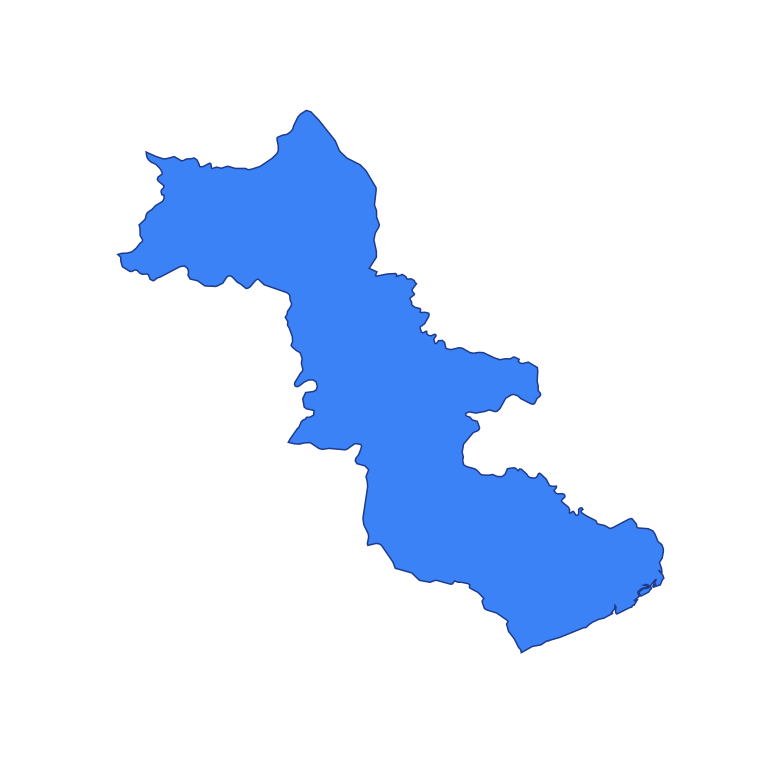 the border of Pernambuco, rotated 51°
{"feature_id": "BRA-1313", "entity_name": "Pernambuco", "entity_type": "State", "adm_level": 1, "iso_a3": "BRA", "parent_name": "Brazil", "parent_adm1": "", "projection": "natural_earth1", "projection_center": [-37.928, -8.379], "detail": "fine", "context": "isolated", "style": "filled", "palette": "blue", "viewbox_px": 768, "rotation_deg": 51, "n_neighbors": 0, "source": "natural_earth", "source_scale": "10m", "svg_char_len": 6128}
<svg xmlns="http://www.w3.org/2000/svg" viewBox="0 0 768 768"><g transform="rotate(51 384 384)"><path d="M705.1,286.4L701.5,287.9L707.9,287.6L711.0,288.7L711.4,291.0L714.0,295.7L711.4,302.5L710.7,302.4L710.5,298.2L709.9,301.4L707.1,295.1L706.9,297.4L708.4,303.1L708.0,305.3L706.8,305.1L705.7,305.7L704.4,306.8L703.7,308.7L706.7,306.4L707.9,306.8L705.2,312.0L705.1,317.0L705.9,318.2L709.6,319.1L709.8,326.3L711.2,323.1L713.3,328.8L712.5,330.3L713.3,331.9L712.3,334.2L709.3,347.8L708.0,348.0L706.3,347.1L703.1,343.9L701.4,343.8L703.7,345.9L704.8,350.7L705.6,351.9L706.3,350.2L704.3,360.7L702.2,364.8L700.4,371.5L700.0,376.0L700.4,380.3L699.0,382.3L691.5,407.0L687.2,417.1L687.2,418.2L686.1,419.3L685.5,426.2L681.3,433.9L679.2,446.4L676.6,445.0L673.6,445.2L663.8,443.1L654.7,442.9L647.7,439.9L646.7,437.1L645.1,437.0L632.8,440.6L624.0,446.5L621.6,447.2L615.1,444.8L614.2,444.0L613.6,441.4L605.4,442.0L596.5,445.7L595.3,445.3L594.1,443.7L592.2,444.2L586.7,448.7L584.6,451.3L581.5,453.0L582.4,456.7L581.4,458.3L569.8,466.6L568.9,467.6L567.0,473.1L558.9,480.0L548.3,481.3L534.3,491.2L528.0,489.1L507.8,487.5L505.4,488.2L502.9,490.5L499.3,498.1L497.7,497.5L493.3,492.3L490.7,490.6L480.5,488.2L474.9,484.7L453.7,461.5L449.3,458.4L444.7,456.3L441.0,449.9L435.6,450.3L428.8,455.2L425.7,454.7L424.1,452.8L423.0,448.2L419.9,442.8L418.0,440.4L417.0,440.1L415.8,440.5L412.0,444.1L411.4,453.9L410.7,455.6L399.4,467.3L395.9,473.1L393.2,475.1L383.6,478.1L382.5,479.0L379.6,483.1L377.4,487.7L373.8,491.5L369.1,495.1L367.7,491.7L364.2,479.6L364.0,477.1L361.2,471.9L361.1,469.3L361.9,467.0L361.1,465.3L363.3,462.2L363.8,458.1L360.5,455.1L354.4,459.9L351.6,460.5L344.4,456.5L341.3,450.3L345.3,443.8L346.0,440.6L344.0,437.4L339.7,435.4L336.1,436.6L333.5,440.0L332.3,444.7L332.2,450.3L331.6,453.1L329.9,454.3L328.0,453.8L326.8,452.6L323.0,441.8L322.7,439.5L321.8,438.0L315.8,435.1L312.6,431.5L306.8,429.5L302.7,431.1L297.9,432.0L295.5,431.9L293.6,428.4L289.4,425.4L281.0,422.5L277.6,422.0L274.9,419.4L270.0,418.8L268.9,415.5L266.9,413.4L264.9,407.1L263.3,405.2L259.5,404.0L255.8,401.5L253.8,401.5L251.7,402.1L231.4,414.7L223.9,415.6L222.8,416.6L222.7,418.9L224.2,426.6L223.9,429.6L222.9,431.1L216.5,432.4L212.3,434.0L205.6,434.5L203.5,435.2L202.2,436.7L202.0,438.9L204.2,445.9L202.9,451.7L202.2,453.5L195.0,461.5L186.4,463.9L180.4,468.6L176.1,467.9L174.0,465.4L170.6,463.9L166.7,464.8L164.4,468.7L160.1,490.4L158.9,493.5L158.9,497.5L158.3,498.6L155.2,499.9L151.0,498.3L149.3,499.0L146.7,502.7L144.5,503.9L140.4,504.4L138.8,505.4L137.7,509.5L136.3,510.7L128.3,513.5L123.2,511.4L119.7,508.8L115.8,509.4L117.3,505.8L120.8,501.0L122.6,496.7L122.5,491.0L121.1,485.1L121.2,482.4L120.1,480.9L115.2,480.1L109.3,475.6L106.2,474.2L105.7,466.1L102.4,461.5L101.9,459.4L102.3,454.3L101.6,448.9L102.7,441.1L101.5,438.3L98.9,436.2L97.1,437.5L94.3,436.3L93.2,435.0L92.8,431.9L91.6,430.2L84.4,431.7L82.3,431.4L81.0,429.4L81.2,424.7L80.7,423.8L79.0,423.0L75.2,422.5L69.6,423.1L64.8,425.4L61.5,425.9L58.6,425.5L54.0,422.9L63.0,418.4L70.1,413.9L71.9,411.4L75.3,403.9L83.0,401.0L84.1,399.2L84.8,395.9L87.6,392.1L88.8,389.3L92.3,388.3L97.1,389.5L98.6,390.4L99.5,390.2L101.2,387.7L102.7,380.4L104.0,380.0L107.3,382.0L108.4,382.0L110.1,377.6L114.0,374.6L116.4,368.4L122.9,363.9L129.2,356.1L132.0,354.7L133.7,351.8L137.0,343.2L138.2,328.7L137.5,322.1L136.1,319.3L132.4,316.3L126.6,313.3L125.2,311.8L126.6,306.7L129.0,302.1L129.2,297.5L128.4,294.5L126.3,291.4L122.4,283.0L121.7,279.0L122.5,272.2L126.4,269.6L137.5,268.6L164.1,268.8L174.2,271.7L176.4,271.8L185.2,270.6L198.6,264.6L206.9,263.8L226.3,266.6L228.3,268.0L238.9,278.8L244.5,280.7L249.6,284.7L257.4,287.4L258.8,289.4L261.2,295.8L265.7,301.2L276.0,306.4L280.6,310.0L284.8,322.7L292.4,318.9L294.3,322.3L295.4,322.0L300.6,312.2L305.4,305.5L306.8,305.2L308.3,306.6L310.4,300.8L314.3,299.5L317.0,300.0L319.6,296.5L322.6,295.4L324.5,295.9L326.5,295.6L328.2,302.5L330.4,303.9L333.0,303.6L333.7,304.3L333.6,309.5L334.2,310.3L337.7,311.0L339.9,312.6L343.9,311.7L348.0,308.5L349.3,308.7L350.7,310.7L351.3,310.6L354.3,306.8L357.1,304.7L358.3,305.1L359.7,306.7L362.7,314.5L362.4,319.8L363.0,320.6L367.0,322.2L369.0,321.2L369.3,318.4L369.9,317.7L372.1,319.2L374.6,318.6L376.1,317.1L377.2,313.4L378.1,312.7L379.3,313.3L380.6,317.2L384.6,318.9L385.5,317.6L384.6,314.5L386.9,311.2L389.9,310.8L394.9,313.3L396.6,312.7L399.5,310.2L403.0,302.9L405.3,300.7L413.7,297.4L416.4,295.1L419.2,290.3L422.1,287.1L433.3,281.7L438.2,278.5L440.6,274.0L444.0,269.9L444.5,266.5L445.3,265.5L449.9,263.4L451.0,265.5L453.7,264.9L455.4,263.3L457.8,258.1L467.7,254.5L470.7,256.4L478.3,263.3L482.7,265.5L486.2,268.4L489.6,268.3L491.0,269.1L491.6,270.7L491.6,274.2L494.0,279.4L493.5,280.9L491.9,282.2L481.7,286.8L477.5,287.4L473.5,289.9L472.5,292.3L471.7,298.5L476.1,309.4L476.3,313.5L475.4,315.0L470.3,318.6L468.7,323.1L464.4,330.9L459.2,335.4L458.3,338.8L459.2,339.9L461.0,340.0L463.8,338.1L467.5,338.0L471.7,335.0L478.1,337.2L479.1,338.5L479.4,340.3L477.9,345.2L480.8,360.0L486.2,366.2L490.6,368.2L493.0,371.0L497.0,372.9L499.8,372.0L507.1,366.8L509.9,366.0L515.1,365.7L516.6,364.8L520.8,360.0L522.6,356.6L527.4,354.0L530.3,350.4L530.3,346.7L527.5,341.3L530.9,335.7L532.2,334.8L535.9,334.3L535.3,332.2L536.6,330.9L543.7,329.8L546.9,330.1L548.8,329.2L551.5,326.7L552.3,325.1L552.3,323.2L551.0,320.7L551.1,319.4L552.0,318.9L560.0,317.8L567.1,319.3L569.3,317.7L572.0,314.3L573.0,315.2L573.8,318.9L576.9,319.1L578.5,318.4L581.5,314.3L583.1,313.5L584.3,313.5L585.7,314.6L586.0,318.8L587.0,320.0L596.0,318.2L598.7,319.0L600.9,321.1L601.7,320.2L601.7,317.8L602.4,316.9L606.4,317.4L607.5,316.8L607.8,315.9L607.5,314.6L603.9,311.6L603.8,309.7L604.7,308.2L606.6,308.3L606.8,311.0L608.3,311.4L614.1,309.6L623.5,305.4L627.0,306.2L632.8,301.6L638.5,299.3L639.6,296.7L643.0,279.4L644.0,276.7L644.9,276.0L651.7,276.0L654.3,277.5L655.7,277.2L662.7,269.8L667.3,267.5L670.9,267.8L678.8,270.2L683.7,269.2L688.0,270.7L690.2,272.5L694.4,277.4L696.0,282.2L702.0,284.4L705.1,286.4ZM709.2,304.4L710.9,304.4L711.4,305.2L711.3,306.1L712.2,309.3L710.6,317.7L709.9,318.0L706.0,316.9L706.4,311.0L708.4,308.0L709.2,304.4Z" fill="#3b82f6" stroke="#1e3a8a" stroke-width="1.5"/></g></svg>